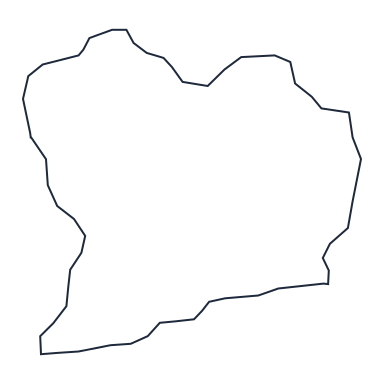 Sävsjö, Jönköping, Sweden
{"feature_id": "70781695B29308499168486", "entity_name": "Sävsjö", "entity_type": "district", "adm_level": 2, "iso_a3": "SWE", "parent_name": "Sweden", "parent_adm1": "Jönköping", "projection": "natural_earth1", "projection_center": [14.593, 57.347], "detail": "fine", "context": "isolated", "style": "outline", "palette": "slate", "viewbox_px": 384, "rotation_deg": 0, "n_neighbors": 0, "source": "geoboundaries", "source_scale": "gbopen_adm2", "svg_char_len": 838}
<svg xmlns="http://www.w3.org/2000/svg" viewBox="0 0 384 384"><path d="M108.0,345.7L110.6,345.2L130.7,343.8L147.8,336.1L159.8,322.8L174.9,321.4L194.0,319.3L202.0,310.9L209.1,301.8L225.1,298.3L258.3,295.5L278.3,288.5L323.5,283.6L328.1,284.1L328.8,270.5L322.8,258.0L329.9,243.8L347.9,228.0L352.6,201.4L361.0,159.0L352.6,137.4L349.2,114.3L348.9,112.5L321.4,108.4L311.8,96.8L295.1,83.5L290.3,62.0L274.7,55.4L241.2,57.1L224.5,69.5L207.7,86.0L182.6,81.9L171.9,67.0L163.5,57.9L146.7,52.9L133.6,43.0L126.4,29.8L112.1,29.8L97.2,35.2L89.4,38.1L83.4,49.6L78.6,55.4L42.7,64.5L28.3,76.1L23.0,98.9L30.2,133.2L30.7,137.3L31.0,137.2L46.0,159.2L47.8,185.2L57.2,206.0L74.0,219.0L85.2,235.9L81.4,252.8L70.2,269.7L68.3,286.7L66.4,306.2L53.3,323.2L40.2,336.2L41.0,354.2L57.4,352.9L78.5,351.5L108.0,345.7Z" fill="none" stroke="#1e293b" stroke-width="2"/></svg>